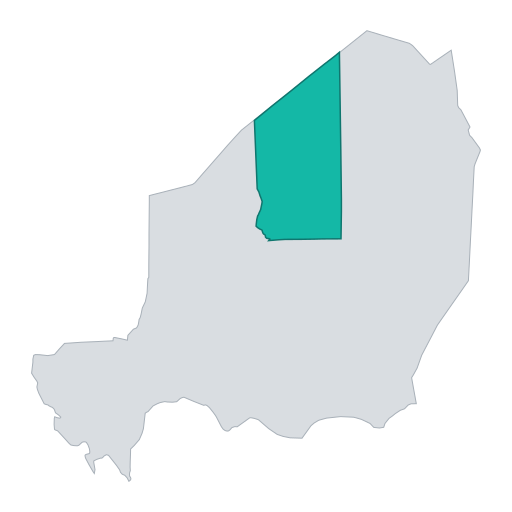 location of Iférouane, Agadez, Niger
{"feature_id": "23599985B42361363165505", "entity_name": "Iférouane", "entity_type": "district", "adm_level": 2, "iso_a3": "NER", "parent_name": "Niger", "parent_adm1": "Agadez", "projection": "equal_earth", "projection_center": [8.793, 20.451], "detail": "fine", "context": "in_parent", "style": "filled", "palette": "teal", "viewbox_px": 512, "rotation_deg": 0, "n_neighbors": 0, "source": "geoboundaries", "source_scale": "gbopen_adm2", "svg_char_len": 3724}
<svg xmlns="http://www.w3.org/2000/svg" viewBox="0 0 512 512"><path d="M416.3,403.7L411.1,403.8L408.2,405.0L404.5,408.8L400.3,410.3L395.3,413.6L392.1,416.2L389.1,418.3L385.0,423.4L383.7,427.3L379.5,428.0L373.8,427.4L370.1,423.5L361.5,419.4L356.0,417.8L353.5,417.2L340.5,416.6L326.6,418.1L319.6,420.0L318.3,420.5L314.3,422.9L311.0,425.7L302.0,438.2L290.1,437.8L283.1,436.4L277.2,434.4L268.7,428.6L258.4,419.7L254.4,418.4L250.8,417.7L249.6,417.9L237.2,426.8L234.8,426.6L231.9,427.6L230.0,429.8L228.6,430.9L227.1,431.1L225.2,430.6L223.2,429.2L221.4,426.7L216.3,416.8L215.2,415.1L213.1,412.2L209.4,407.6L207.0,405.5L205.5,404.9L203.7,405.3L193.8,401.4L183.9,397.2L181.7,397.8L180.1,398.6L176.7,401.7L172.6,402.2L167.5,402.0L164.7,401.6L160.1,402.6L157.1,403.8L153.1,405.9L148.0,411.6L146.5,412.3L145.2,413.2L143.4,428.7L142.0,433.4L139.3,439.6L134.2,445.5L130.6,449.0L130.5,453.9L130.2,461.7L130.1,467.1L130.3,470.7L129.7,472.4L129.5,473.9L129.6,476.2L130.5,477.3L130.9,478.7L130.6,479.9L128.9,481.3L127.1,477.8L124.8,475.3L122.2,474.2L120.5,472.3L119.6,469.8L116.2,465.0L108.5,455.3L107.7,455.1L106.4,454.7L104.2,455.9L102.8,457.4L101.9,458.1L100.5,458.1L96.7,459.4L93.8,460.9L93.7,462.2L95.0,469.6L94.3,473.5L93.0,471.6L88.8,464.3L85.9,458.8L85.4,457.6L85.0,455.7L85.3,454.9L86.4,454.3L89.2,453.6L89.7,453.0L89.8,451.5L89.4,448.7L88.0,444.9L86.4,442.4L85.5,441.9L83.9,441.8L82.2,442.2L78.8,445.3L77.3,445.8L73.9,445.6L70.9,445.0L69.1,443.4L63.6,437.3L57.6,430.8L55.1,429.9L54.5,429.3L54.1,424.3L54.3,418.4L54.7,416.8L57.2,417.7L59.9,418.2L60.8,417.1L58.6,415.0L55.5,412.8L54.4,409.6L53.6,408.5L52.2,407.3L50.6,406.7L49.0,405.8L47.9,404.9L46.1,404.5L44.2,403.8L41.5,398.5L38.9,393.4L37.4,389.4L36.9,387.0L37.7,382.9L36.9,381.2L34.0,377.1L31.6,373.2L32.3,367.2L32.9,362.2L32.9,359.1L33.3,357.3L33.7,355.3L35.3,354.6L39.5,354.7L47.7,355.6L54.2,354.6L54.6,354.4L59.3,349.0L64.5,343.4L72.1,342.9L80.4,342.3L87.0,342.0L96.5,341.6L104.2,341.2L113.0,340.8L113.3,338.2L113.9,337.5L114.8,337.5L121.3,338.8L127.4,340.2L127.9,335.3L133.4,329.2L136.4,328.0L137.2,326.9L138.2,324.9L138.8,321.7L139.1,319.4L140.2,317.6L141.1,314.1L142.3,308.1L145.3,301.8L147.1,293.2L147.5,284.9L147.9,278.6L148.8,277.4L148.8,266.2L148.9,255.0L149.0,245.5L149.0,233.7L149.1,223.4L149.2,212.2L149.3,202.2L149.3,195.6L155.5,194.0L161.9,192.4L171.2,190.0L181.4,187.4L192.4,184.5L194.9,182.8L203.2,173.2L207.0,168.9L214.5,160.3L220.3,153.7L227.6,145.3L235.3,136.8L241.5,130.1L251.2,122.4L265.8,110.9L280.3,99.4L294.8,87.9L309.3,76.5L323.7,65.0L338.2,53.6L352.6,42.1L366.9,30.7L381.5,35.1L395.3,39.2L409.3,43.3L412.6,45.6L420.1,53.8L429.6,64.2L430.1,64.3L430.5,64.4L439.5,58.2L451.2,50.2L454.6,71.9L457.2,90.5L457.6,102.4L457.7,105.5L458.7,107.7L460.9,109.8L470.0,127.0L468.2,130.0L469.6,135.3L471.9,137.6L479.4,147.9L480.4,150.0L480.0,151.6L475.1,163.7L474.2,166.7L473.4,182.2L472.9,193.2L472.1,208.2L471.2,226.2L470.4,241.4L469.4,261.6L468.4,280.7L461.1,291.2L448.0,309.9L437.4,325.1L432.1,335.3L421.7,355.2L417.1,368.1L413.4,374.8L411.6,377.7L413.3,387.2L416.3,403.7Z" fill="#d9dde1" stroke="#a8b0b8" stroke-width="1"/><path d="M268.7,240.6L278.1,239.8L284.9,239.4L300.9,239.3L314.4,239.1L322.6,238.9L341.0,238.8L341.4,211.3L341.4,199.3L340.8,150.2L339.4,52.3L334.7,56.2L324.8,63.8L308.8,76.4L290.1,91.6L272.0,106.0L254.4,120.4L257.2,188.9L258.9,192.0L260.0,195.6L260.9,197.8L262.2,201.5L261.9,203.5L261.4,205.9L260.7,209.4L260.2,210.6L259.2,212.7L258.3,214.9L257.6,216.0L257.2,217.9L256.8,219.5L256.4,222.9L256.2,224.8L256.1,226.2L257.6,227.6L259.9,229.1L261.7,229.9L262.2,230.5L262.3,231.3L263.0,233.2L263.7,234.1L264.7,234.6L265.3,235.4L265.5,237.1L266.7,238.3L269.4,238.7L269.9,239.1L268.7,240.6Z" fill="#14b8a6" stroke="#0f766e" stroke-width="1.5"/></svg>